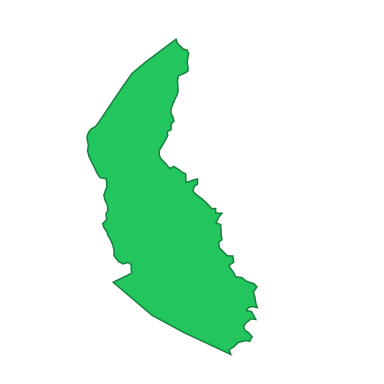 the district of Treze Tílias, Santa Catarina, Brazil, rotated 27°
{"feature_id": "56859067B72838427404222", "entity_name": "Treze Tílias", "entity_type": "district", "adm_level": 2, "iso_a3": "BRA", "parent_name": "Brazil", "parent_adm1": "Santa Catarina", "projection": "albers", "projection_center": [-51.444, -26.941], "detail": "fine", "context": "isolated", "style": "filled", "palette": "green", "viewbox_px": 384, "rotation_deg": 27, "n_neighbors": 0, "source": "geoboundaries", "source_scale": "gbopen_adm2", "svg_char_len": 1880}
<svg xmlns="http://www.w3.org/2000/svg" viewBox="0 0 384 384"><g transform="rotate(27 192 192)"><path d="M162.7,308.2L212.3,320.0L248.4,320.9L300.3,319.1L296.6,315.8L299.5,311.0L301.5,305.0L304.8,302.2L307.5,299.9L311.2,298.8L311.2,293.7L306.3,291.6L301.9,291.2L299.0,288.4L299.4,284.2L302.3,278.1L306.7,276.6L302.5,273.7L299.2,271.5L294.4,272.9L294.9,268.9L298.3,266.4L302.6,265.4L299.2,262.0L296.3,257.8L292.1,253.2L292.9,247.0L288.4,245.5L284.2,246.4L280.5,246.8L275.3,245.6L269.4,247.8L265.5,244.8L262.0,243.2L258.2,240.8L261.0,235.6L257.5,230.5L252.4,232.8L246.3,230.8L241.8,229.3L238.6,224.7L240.3,221.0L237.2,216.5L234.3,211.3L232.3,208.0L227.4,208.6L227.3,202.1L228.3,197.4L222.8,200.0L220.5,196.0L217.1,197.9L213.9,196.6L208.8,194.9L203.8,193.5L199.5,192.9L195.7,192.1L192.2,190.5L191.5,186.0L193.3,182.5L191.0,177.9L188.3,180.1L185.5,183.2L182.3,186.2L180.3,182.7L178.1,178.7L174.3,178.9L169.6,178.0L164.3,177.5L161.5,181.1L157.4,179.5L152.1,177.4L148.9,176.4L146.2,174.0L144.0,170.3L144.3,164.6L144.7,158.1L144.7,152.6L142.5,149.3L145.1,146.1L142.5,140.9L143.7,137.0L140.9,133.9L137.4,131.3L135.6,127.4L135.1,123.6L134.7,118.0L134.5,110.9L133.2,107.2L130.6,103.0L128.4,99.1L127.2,94.6L131.4,89.6L133.5,86.1L131.8,82.6L129.4,79.7L127.6,75.3L126.0,69.8L123.0,67.8L119.6,68.6L115.8,67.5L111.7,66.3L108.4,63.1L91.7,97.1L84.7,113.6L82.4,130.0L81.2,139.4L77.0,174.0L76.1,178.1L73.6,181.3L72.8,185.6L73.1,189.6L75.0,193.1L78.5,197.4L80.1,202.5L84.0,207.0L88.9,210.8L93.9,214.4L98.7,218.2L103.5,220.9L109.7,219.2L112.1,223.0L113.9,226.1L114.3,230.9L114.8,234.7L117.9,238.5L122.6,242.2L125.3,246.5L125.3,250.7L128.6,255.2L126.8,260.7L129.9,263.9L134.0,266.0L137.0,269.0L140.9,271.4L145.2,274.9L149.1,279.4L151.2,283.9L154.9,285.9L158.7,287.4L163.4,287.3L167.2,283.6L170.9,284.4L172.8,288.3L175.1,291.8L162.7,308.2Z" fill="#22c55e" stroke="#15803d" stroke-width="1.5"/></g></svg>